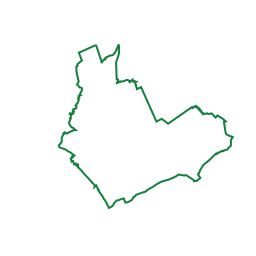 outline of Cañitas de Felipe Pescador, Zacatecas, Mexico, rotated 223°
{"feature_id": "50627088B55005263916135", "entity_name": "Cañitas de Felipe Pescador", "entity_type": "district", "adm_level": 2, "iso_a3": "MEX", "parent_name": "Mexico", "parent_adm1": "Zacatecas", "projection": "natural_earth1", "projection_center": [-102.728, 23.576], "detail": "fine", "context": "isolated", "style": "outline", "palette": "green", "viewbox_px": 256, "rotation_deg": 223, "n_neighbors": 0, "source": "geoboundaries", "source_scale": "gbopen_adm2", "svg_char_len": 5615}
<svg xmlns="http://www.w3.org/2000/svg" viewBox="0 0 256 256"><g transform="rotate(223 128 128)"><path d="M136.1,65.3L134.6,65.1L132.5,65.1L129.6,64.6L128.6,64.5L127.1,64.5L125.2,64.3L123.5,64.3L117.5,63.6L117.5,63.8L116.7,63.6L115.9,63.5L115.2,63.6L113.3,63.4L112.3,62.0L112.2,64.4L109.9,63.4L107.3,62.8L107.4,62.2L105.9,61.9L104.2,61.5L103.0,61.3L101.9,61.0L100.6,60.7L98.9,60.4L98.3,59.9L97.1,59.6L96.0,59.5L94.3,59.1L93.4,58.9L92.8,58.6L90.6,57.7L89.8,57.5L89.3,57.3L88.2,57.0L87.6,56.5L87.0,57.2L86.7,58.6L86.6,59.1L86.4,59.5L86.2,60.6L86.2,61.1L86.3,61.4L86.4,62.2L86.9,63.3L87.0,64.1L86.9,64.4L86.8,66.7L86.9,67.2L86.6,67.6L85.8,68.4L85.1,70.2L83.9,72.3L83.0,73.6L81.3,72.7L80.9,72.6L79.8,71.9L79.1,71.6L78.9,71.8L78.5,72.4L78.1,72.8L78.0,73.0L77.5,73.4L77.3,74.1L77.2,74.4L76.5,76.6L76.5,76.8L76.2,77.3L76.2,78.1L76.1,78.3L76.2,79.0L76.5,80.2L76.9,80.7L76.9,80.9L76.8,81.2L76.7,81.5L76.6,81.9L76.3,82.4L76.3,82.6L76.5,82.6L76.4,83.2L76.3,83.5L76.4,83.9L76.4,84.2L76.4,84.7L76.4,84.9L73.4,90.7L72.5,92.2L72.2,92.7L72.0,92.9L71.9,93.1L71.5,94.4L71.6,94.9L71.5,96.0L71.1,97.5L70.8,98.8L70.0,100.7L69.7,101.7L69.4,103.2L69.1,104.5L69.0,105.4L68.8,106.2L68.4,107.2L68.2,108.0L67.8,108.7L67.8,109.3L67.6,109.5L67.4,110.7L64.0,116.5L63.8,117.0L63.6,117.2L63.4,117.3L63.2,117.7L61.2,122.1L60.2,124.6L59.7,126.1L59.6,127.2L59.1,128.7L58.5,128.9L54.2,131.8L54.1,132.0L53.8,132.8L53.5,133.1L45.7,134.5L45.4,134.6L43.6,134.7L43.4,134.3L42.7,135.2L41.8,135.8L41.0,140.8L44.4,141.5L44.5,141.5L45.0,141.7L45.2,142.6L45.5,143.1L45.2,143.3L45.6,144.2L45.7,144.5L46.6,146.6L46.7,147.4L46.7,147.6L46.8,148.0L46.9,148.4L46.9,148.7L47.2,149.5L47.2,150.0L47.4,151.1L47.6,151.4L47.6,151.8L47.4,154.8L47.2,156.4L46.9,157.0L47.0,157.2L46.6,160.6L46.3,164.8L46.3,165.2L46.4,165.3L46.4,166.7L46.3,168.0L46.2,168.1L46.2,168.9L45.7,168.9L45.7,169.0L45.6,170.7L45.1,170.6L44.9,171.6L44.4,173.3L43.7,174.8L43.8,175.1L42.6,176.0L42.8,176.4L42.0,177.7L41.8,178.3L41.5,178.4L41.2,178.9L41.0,179.5L40.7,180.2L40.7,180.5L40.9,181.3L40.9,182.5L40.8,183.0L40.8,183.8L40.7,185.2L43.3,188.1L44.1,189.0L44.2,189.3L44.9,190.8L45.1,192.8L46.4,192.4L47.5,191.8L48.1,191.6L48.4,191.4L48.7,191.4L50.7,190.7L52.4,190.5L54.8,192.3L55.5,192.7L56.4,193.5L57.1,193.9L57.4,194.3L62.1,198.0L61.0,199.5L64.6,199.4L71.1,198.2L71.0,195.4L76.8,195.7L78.7,192.9L80.2,192.7L81.4,190.6L82.6,190.3L82.1,190.1L82.6,189.2L83.1,189.6L83.3,189.9L84.7,189.5L84.8,189.9L86.1,189.8L86.2,190.4L86.9,190.3L86.9,190.2L87.5,190.1L87.4,189.8L88.1,189.8L88.3,190.6L88.2,190.7L89.2,190.9L89.4,190.0L90.4,190.4L91.4,190.6L91.5,190.3L92.5,190.7L92.7,189.5L93.8,189.8L94.5,186.5L95.5,186.9L101.6,158.5L109.6,157.7L111.6,152.1L146.3,166.8L148.0,162.5L148.6,162.9L149.4,163.4L149.5,163.6L149.9,163.7L151.3,164.5L151.5,164.8L151.7,165.1L151.8,165.1L152.2,165.0L153.4,165.8L153.7,166.3L153.7,166.5L154.0,166.8L153.7,167.3L155.5,166.6L155.6,165.6L155.9,165.4L156.4,165.5L156.5,165.3L156.9,165.7L156.9,165.8L157.6,166.5L157.8,165.5L158.3,164.2L158.3,163.6L158.1,163.5L158.0,163.3L158.2,163.1L158.1,162.7L159.0,162.9L159.8,163.2L160.6,163.1L161.2,162.6L161.5,162.5L161.8,162.1L162.1,161.7L162.4,160.9L162.5,160.5L162.8,159.7L164.7,157.3L165.2,156.7L165.2,156.4L165.5,156.5L165.7,155.8L166.8,153.3L167.2,153.7L166.9,154.8L167.1,155.4L167.4,155.8L167.9,156.1L168.4,156.7L169.5,155.9L170.5,156.9L181.6,168.0L183.5,172.3L183.6,172.9L184.0,173.7L184.4,174.3L184.6,174.5L184.8,175.2L186.2,177.5L186.8,177.9L187.0,178.1L187.6,178.5L187.9,178.8L189.5,180.8L190.1,181.4L190.4,181.6L190.8,182.0L191.2,182.4L191.6,182.6L191.8,183.0L191.3,181.5L191.0,180.8L190.7,179.6L190.4,178.6L190.0,177.8L189.6,176.8L189.3,175.7L189.0,174.9L189.0,172.9L188.7,172.1L188.7,171.5L189.0,171.0L189.2,170.7L189.9,169.3L190.7,168.3L191.2,167.7L191.2,167.1L191.2,166.6L191.5,166.0L191.8,165.5L192.4,164.2L192.3,163.9L192.2,163.4L191.4,163.0L191.5,162.7L192.2,162.3L192.0,161.0L192.0,160.3L192.2,159.7L192.0,158.9L192.0,158.4L191.7,157.4L192.8,158.5L193.5,159.1L194.3,159.9L195.2,159.9L203.1,164.3L207.5,166.6L208.1,166.4L209.5,163.3L213.3,154.2L215.3,149.6L214.9,149.4L207.8,145.9L208.5,140.1L207.3,139.1L207.5,137.3L206.1,136.2L205.2,135.2L204.3,134.1L203.8,133.8L203.2,133.6L202.4,132.8L202.2,132.6L201.5,132.1L201.0,131.9L199.6,131.1L199.3,130.8L198.6,130.3L198.1,129.9L197.7,129.6L197.0,129.3L195.7,128.3L194.9,125.1L194.6,125.0L192.8,125.1L192.2,124.9L191.6,124.7L191.3,124.7L190.5,125.0L190.3,125.3L190.1,125.4L189.6,125.6L189.3,125.7L188.0,125.0L187.6,124.6L187.3,123.9L187.4,123.6L186.9,122.2L186.7,121.2L186.3,120.0L186.0,119.7L185.1,119.7L185.5,119.2L185.7,118.7L185.9,117.6L184.4,117.2L184.7,115.5L183.1,115.0L183.2,114.4L182.4,113.4L182.2,112.9L181.9,111.8L181.9,111.2L182.0,110.2L181.6,110.1L181.7,108.7L180.4,108.6L179.7,107.5L179.7,107.4L179.3,107.1L179.5,106.8L180.1,105.7L180.8,104.4L179.7,103.4L180.1,102.9L179.5,102.2L178.8,103.0L177.8,101.1L180.5,99.2L180.2,98.5L178.7,99.8L177.1,95.8L176.3,96.0L176.1,95.0L175.5,93.6L175.2,92.4L174.9,91.9L173.7,90.9L172.9,90.6L172.3,90.5L170.8,90.3L169.9,90.0L167.9,90.8L166.2,90.7L164.8,90.8L166.6,88.8L166.8,87.6L167.0,87.6L167.2,86.8L168.0,85.2L168.9,82.2L171.2,81.9L171.6,80.1L170.7,80.0L170.8,79.4L170.7,78.9L170.3,76.8L170.1,76.3L169.7,75.6L169.0,74.7L168.1,73.9L167.3,72.8L167.0,71.5L166.8,71.5L166.7,68.1L166.4,67.9L165.5,67.5L165.3,67.2L165.1,67.2L164.8,67.2L160.4,69.1L158.8,69.7L156.2,70.0L154.9,70.4L153.9,70.9L152.6,70.9L148.3,71.3L148.5,70.0L148.8,70.2L149.6,68.9L148.4,68.2L149.1,66.6L146.2,65.0L145.7,66.4L142.6,64.6L142.0,66.3L140.6,65.5L140.0,67.2L138.9,66.6L138.9,65.4L137.7,65.2L136.1,65.3Z" fill="none" stroke="#15803d" stroke-width="2"/></g></svg>